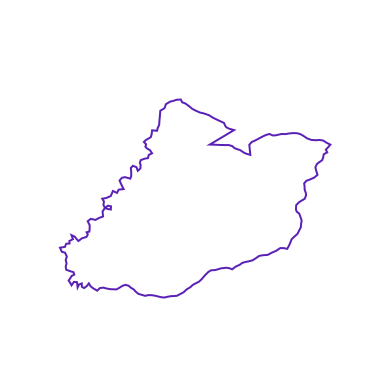 Guatapará, São Paulo, Brazil, rotated 70°
{"feature_id": "56859067B57528350924553", "entity_name": "Guatapará", "entity_type": "district", "adm_level": 2, "iso_a3": "BRA", "parent_name": "Brazil", "parent_adm1": "São Paulo", "projection": "natural_earth1", "projection_center": [-47.986, -21.451], "detail": "fine", "context": "isolated", "style": "outline", "palette": "violet", "viewbox_px": 384, "rotation_deg": 70, "n_neighbors": 0, "source": "geoboundaries", "source_scale": "gbopen_adm2", "svg_char_len": 3099}
<svg xmlns="http://www.w3.org/2000/svg" viewBox="0 0 384 384"><g transform="rotate(70 192 192)"><path d="M269.0,111.3L267.5,107.3L265.0,104.7L262.5,101.9L259.5,100.5L256.3,98.7L251.9,98.6L249.0,98.6L246.4,100.3L243.9,100.3L240.0,98.6L238.1,94.6L236.9,88.4L234.5,86.2L232.1,85.4L228.2,85.3L225.2,84.3L222.3,83.7L220.6,80.8L220.6,77.5L220.3,72.3L218.8,68.2L213.9,68.0L211.0,67.6L208.3,64.9L207.4,61.7L206.6,58.8L204.4,56.9L201.6,55.3L201.0,51.4L197.9,51.7L196.6,48.9L194.8,45.8L191.4,49.0L188.6,51.0L186.7,54.4L185.7,57.9L183.9,62.0L181.0,65.5L177.1,68.3L174.8,70.3L172.9,72.8L171.3,76.5L170.1,81.2L169.7,84.0L168.1,88.0L167.4,93.9L166.4,96.9L164.0,99.3L163.7,102.9L164.1,107.4L164.8,112.0L165.2,115.1L165.4,118.6L167.2,122.0L177.1,124.5L174.2,128.4L172.3,130.1L169.1,132.4L167.2,134.9L165.2,137.2L162.8,138.3L160.5,141.3L157.8,148.6L156.2,152.4L154.5,156.5L153.5,159.1L148.2,131.3L145.1,135.6L142.8,137.7L140.5,138.2L138.0,138.3L134.8,141.6L129.6,146.7L125.6,149.8L122.0,154.3L120.0,157.4L116.9,160.6L114.0,163.3L110.2,165.5L106.5,168.0L104.3,170.6L101.3,170.9L100.1,174.6L100.0,178.0L99.6,181.6L100.5,186.4L103.8,189.1L104.8,194.0L110.7,196.7L114.0,198.3L117.7,199.9L120.2,202.4L122.5,203.9L120.4,208.4L124.0,210.2L126.4,212.0L127.4,217.5L128.5,220.1L131.5,218.8L133.4,220.3L135.8,219.3L138.3,217.2L142.0,216.3L142.4,220.0L145.1,221.8L144.5,225.0L144.5,229.3L146.7,231.0L149.3,231.1L152.3,232.5L153.5,235.7L149.7,235.7L147.2,238.5L148.4,241.2L152.5,242.3L156.3,243.7L158.3,245.4L156.8,247.6L155.1,249.9L154.7,253.0L156.5,256.2L160.0,255.9L165.9,255.3L164.7,260.1L167.2,262.8L164.0,266.0L168.0,269.7L168.3,274.7L167.6,278.6L170.8,278.0L174.0,279.7L177.3,279.1L179.5,282.6L184.6,284.0L184.6,288.4L185.2,292.3L182.6,296.3L183.8,300.0L188.2,299.5L191.1,300.6L194.1,302.0L193.8,304.8L196.2,304.4L198.1,306.5L197.9,311.3L199.2,315.5L196.6,316.6L193.9,317.4L191.3,320.0L195.6,320.0L196.1,324.0L198.5,324.7L197.6,327.9L200.1,330.2L199.2,335.1L203.6,334.8L205.6,332.1L209.8,331.7L212.9,334.0L216.2,334.3L218.9,336.2L221.9,336.8L224.5,333.9L226.8,330.8L229.4,330.9L229.7,333.8L231.4,335.9L233.0,338.2L235.4,337.6L238.5,337.1L236.1,333.7L237.4,330.9L242.5,332.1L240.3,329.8L240.2,326.9L243.4,327.9L245.4,326.2L244.4,323.0L242.6,320.2L245.9,319.5L248.7,317.8L252.3,314.8L250.8,311.5L251.5,308.1L253.4,305.4L255.4,301.9L257.7,296.3L257.1,292.6L256.4,289.7L256.5,286.3L258.4,283.6L261.0,282.2L263.6,280.1L266.5,278.9L269.4,277.2L271.9,273.8L273.6,271.4L273.9,268.5L275.2,265.1L276.8,262.2L280.3,257.0L281.7,254.1L282.1,250.7L282.7,247.3L283.6,244.6L284.4,241.5L283.9,238.3L283.4,234.3L281.8,230.6L280.8,225.8L279.6,223.2L279.1,219.7L278.7,216.2L277.1,212.5L275.0,208.9L272.8,204.2L272.1,201.0L273.3,196.8L273.7,190.8L274.9,185.6L276.6,182.7L278.4,180.7L277.1,176.6L276.7,172.1L275.8,168.9L276.1,165.1L276.6,162.1L276.9,158.4L276.1,154.8L275.0,150.6L275.7,146.9L277.0,142.3L276.3,137.7L276.1,133.4L274.9,128.2L276.2,124.8L278.0,122.0L275.2,118.8L272.5,116.3L270.5,114.6L269.0,111.3ZM177.3,279.1L176.1,275.8L177.8,273.0L180.7,274.3L179.2,276.9L177.3,279.1Z" fill="none" stroke="#5b21b6" stroke-width="2"/></g></svg>